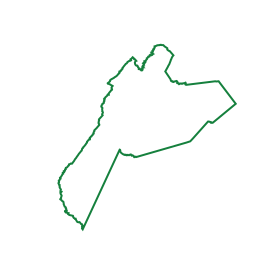 the district of Kitui South, Eastern, Kenya, rotated 53°
{"feature_id": "3690345B12410627224170", "entity_name": "Kitui South", "entity_type": "district", "adm_level": 2, "iso_a3": "KEN", "parent_name": "Kenya", "parent_adm1": "Eastern", "projection": "equal_earth", "projection_center": [38.343, -2.253], "detail": "fine", "context": "isolated", "style": "outline", "palette": "green", "viewbox_px": 256, "rotation_deg": 53, "n_neighbors": 0, "source": "geoboundaries", "source_scale": "gbopen_adm2", "svg_char_len": 5639}
<svg xmlns="http://www.w3.org/2000/svg" viewBox="0 0 256 256"><g transform="rotate(53 128 128)"><path d="M173.5,27.4L145.2,27.5L144.0,29.5L143.2,30.2L128.7,55.3L128.4,55.7L127.9,55.9L127.7,55.6L127.3,55.5L127.0,54.9L126.4,54.8L126.0,56.5L125.7,56.7L125.4,57.1L125.3,58.1L124.9,58.6L124.3,58.8L123.9,59.8L123.9,60.4L123.7,60.9L123.4,60.9L123.0,60.5L122.7,60.7L122.7,60.9L122.4,61.2L121.8,61.7L121.7,61.7L121.5,61.1L121.1,60.9L120.8,61.0L120.6,60.8L120.3,60.9L119.9,60.8L119.5,61.1L119.2,62.2L119.0,62.7L118.7,63.0L118.5,63.4L118.7,63.6L118.7,63.9L117.8,64.7L117.6,64.7L117.3,64.5L117.0,64.6L116.9,65.0L116.2,65.3L114.6,64.7L105.3,64.2L103.4,60.0L103.2,59.5L102.5,58.2L102.0,56.8L99.7,53.1L99.3,52.7L99.0,51.9L98.1,50.5L97.5,48.9L97.3,48.0L91.7,48.4L90.8,49.0L89.3,49.4L88.9,49.4L88.1,48.7L87.9,48.6L84.8,49.7L83.1,49.9L81.6,51.7L81.3,51.7L80.9,52.4L80.8,53.0L80.5,53.2L79.9,54.5L79.7,54.6L79.5,55.0L79.4,56.0L78.8,57.6L79.5,57.9L79.5,58.4L80.0,58.6L80.3,59.2L80.3,59.9L80.6,59.8L80.9,60.1L81.0,60.5L80.8,61.1L81.0,61.4L81.0,62.0L81.3,62.1L81.7,61.9L82.0,62.2L81.9,62.6L82.0,62.8L81.8,63.2L81.7,63.7L82.3,63.6L82.6,63.3L82.9,63.4L83.0,63.7L83.9,63.4L83.8,63.8L84.0,63.9L84.2,64.7L84.0,65.6L83.7,66.1L82.9,66.0L82.9,66.4L83.1,66.4L83.0,66.9L83.3,67.1L83.3,67.5L83.6,67.6L83.8,67.9L83.3,68.7L83.5,68.9L83.4,69.3L83.6,69.4L83.8,70.3L83.9,70.9L83.7,71.1L84.0,71.4L84.4,71.5L84.6,72.7L84.8,73.1L84.7,73.4L84.7,73.5L84.9,73.5L85.0,73.9L84.7,74.5L85.0,74.5L85.2,74.8L85.0,75.2L85.3,75.9L85.3,76.3L85.9,76.3L85.8,76.8L86.1,76.7L86.3,76.1L86.5,76.8L86.8,77.3L87.1,77.3L87.0,77.8L87.2,78.5L87.7,78.4L87.5,79.2L87.7,79.6L88.0,79.5L88.0,79.2L88.2,79.6L88.6,79.5L88.4,79.8L88.6,80.0L88.9,79.9L88.8,80.8L89.1,81.0L89.2,81.4L89.5,81.2L89.7,81.7L90.3,81.5L90.4,81.9L90.4,82.3L89.9,82.8L88.7,82.8L88.3,83.0L88.1,83.3L87.8,83.1L87.3,83.9L86.2,83.2L85.4,83.4L84.5,83.0L83.7,83.1L83.6,83.5L82.9,83.9L82.4,84.0L81.1,83.8L79.8,83.1L79.1,81.7L79.3,81.0L77.8,81.1L77.0,81.5L76.7,81.3L76.2,81.7L75.5,81.4L74.3,81.7L74.7,83.6L74.6,84.7L74.8,84.9L75.5,84.7L75.8,84.8L75.7,85.6L75.3,86.1L75.3,86.5L75.1,87.0L75.2,87.7L74.9,88.5L75.4,89.4L75.6,90.3L75.4,91.2L75.6,91.7L76.4,95.0L76.8,95.7L76.7,96.2L77.5,97.0L77.4,97.8L77.8,98.2L77.7,99.2L78.1,99.4L78.1,99.6L78.0,100.4L77.7,100.9L78.1,101.4L78.6,101.2L78.8,101.4L79.1,102.9L79.1,103.9L79.5,104.7L79.6,106.5L79.4,108.4L79.5,109.4L79.3,110.1L79.3,110.7L79.1,111.5L79.0,113.2L79.5,113.8L79.5,114.1L79.9,114.4L80.0,116.0L80.0,117.2L80.2,117.4L80.5,117.4L80.9,116.9L81.5,116.7L82.4,116.1L84.1,115.5L85.1,114.9L85.3,115.1L85.5,116.2L85.8,116.8L86.6,117.3L87.2,117.3L87.7,117.6L87.9,118.1L87.7,119.0L88.2,119.9L88.3,120.9L88.7,122.3L89.0,122.8L89.7,123.2L89.1,123.7L89.0,124.0L89.1,124.3L89.4,124.4L89.6,124.6L89.9,127.8L90.2,128.3L90.2,129.0L90.6,128.9L90.9,129.1L91.2,130.3L91.6,130.5L92.2,130.5L92.5,131.6L93.4,132.1L93.3,133.9L93.8,134.2L94.0,135.5L94.9,136.5L95.8,136.3L96.7,136.4L97.2,137.2L98.8,138.1L99.1,138.5L100.0,138.5L100.5,138.7L101.2,139.8L101.4,140.4L102.6,140.6L103.6,146.0L104.5,146.4L104.9,147.3L105.6,147.6L105.9,148.2L106.3,148.6L107.0,148.6L107.4,148.9L107.9,148.8L108.3,149.1L108.9,152.1L109.1,152.6L109.6,156.3L109.8,156.6L110.4,156.9L110.6,157.7L110.9,158.3L111.8,158.7L111.9,158.9L111.8,159.9L112.3,160.4L112.3,161.4L112.7,162.1L112.5,162.8L112.8,163.5L112.8,164.3L112.9,164.5L113.6,164.7L114.2,165.3L114.1,165.6L113.6,166.2L113.9,167.0L114.3,169.0L115.0,169.5L115.2,170.7L115.6,171.5L116.4,174.6L116.4,175.4L116.9,176.1L116.8,176.6L116.9,177.0L118.2,178.6L118.2,179.4L118.5,180.3L119.1,182.9L119.5,183.9L120.3,186.5L120.7,187.5L121.1,189.3L121.7,190.5L122.2,192.1L122.3,192.8L122.8,193.9L122.7,194.4L122.0,194.9L121.9,196.1L121.5,196.9L121.7,197.3L122.2,197.6L122.3,197.9L122.3,198.9L122.7,200.0L122.7,200.6L122.4,201.6L122.8,202.3L123.4,202.4L123.5,202.6L123.4,203.4L124.1,204.0L123.8,205.2L124.0,205.3L124.6,205.2L124.8,205.5L124.9,205.8L124.6,206.4L124.5,207.0L125.5,207.4L125.4,208.1L125.9,208.9L126.7,211.0L126.8,212.3L127.0,212.4L127.7,212.2L127.9,212.3L127.9,213.2L128.4,214.0L128.3,214.4L128.3,214.7L128.8,214.7L129.5,215.9L129.8,215.8L130.0,215.9L130.5,216.9L131.4,217.0L131.8,217.2L132.5,216.9L133.0,217.6L133.6,217.7L134.4,218.4L136.7,218.6L137.7,220.0L138.4,220.0L138.9,219.5L139.0,219.7L138.7,220.6L138.9,220.9L139.4,221.0L139.8,221.4L140.5,221.4L140.8,221.6L141.4,221.5L142.1,221.7L142.8,222.6L143.1,223.2L143.8,223.7L143.9,224.6L144.2,225.0L145.7,224.5L146.8,224.5L147.9,224.0L149.5,224.7L150.3,225.3L151.4,225.5L152.6,225.9L153.6,225.5L154.1,225.5L154.5,226.0L155.5,226.0L156.3,226.5L157.3,226.7L157.4,227.0L157.2,227.4L157.1,227.5L156.7,227.3L156.3,227.5L156.4,228.3L156.8,228.6L158.3,228.4L158.9,227.6L159.8,227.5L160.2,226.7L160.6,227.0L160.8,227.6L162.2,227.2L165.0,224.8L165.5,224.9L165.9,225.3L166.8,225.4L167.3,225.4L168.0,225.0L168.6,225.1L169.0,224.4L170.4,224.9L172.6,225.0L173.5,224.3L173.8,223.5L174.1,223.3L174.8,223.2L176.1,223.3L176.5,223.2L177.1,222.7L178.2,223.2L179.0,222.7L178.9,223.6L179.0,224.0L179.7,224.3L180.5,225.2L181.7,225.2L140.3,147.7L140.6,147.5L141.1,147.6L141.3,148.2L141.6,148.0L142.2,148.4L143.8,148.4L145.9,147.8L146.4,147.4L146.9,147.3L147.7,146.7L147.6,146.3L148.8,145.6L148.7,145.2L149.0,144.8L149.4,144.7L149.5,144.2L149.8,144.1L150.4,143.5L150.4,142.7L150.8,141.7L151.5,141.8L151.8,141.5L152.1,141.6L152.2,141.3L152.5,141.4L153.0,140.6L153.4,140.6L153.8,140.3L155.0,140.6L155.4,140.1L155.6,139.0L156.2,138.8L174.8,90.1L176.1,86.3L175.5,82.8L171.0,60.2L171.5,59.5L171.8,59.4L172.3,58.9L172.8,58.8L173.0,58.4L173.7,58.5L173.8,58.1L174.0,58.1L174.4,57.9L174.5,57.3L174.8,57.1L173.5,27.4Z" fill="none" stroke="#15803d" stroke-width="2"/></g></svg>